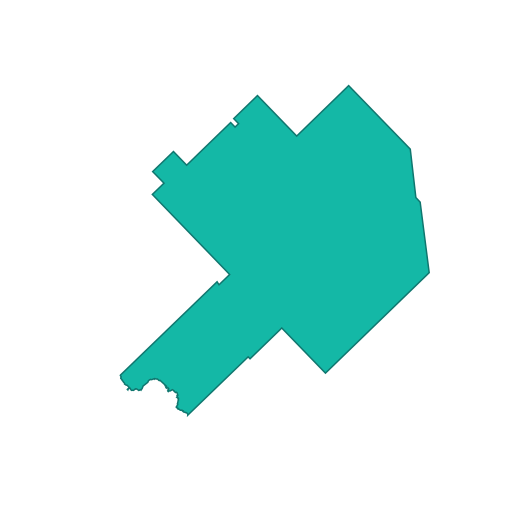 outline of 76, Al Khawr, Qatar, rotated 316°
{"feature_id": "91078587B47360643234421", "entity_name": "76", "entity_type": "district", "adm_level": 2, "iso_a3": "QAT", "parent_name": "Qatar", "parent_adm1": "Al Khawr", "projection": "albers", "projection_center": [51.019, 25.84], "detail": "fine", "context": "isolated", "style": "filled", "palette": "teal", "viewbox_px": 512, "rotation_deg": 316, "n_neighbors": 0, "source": "geoboundaries", "source_scale": "gbopen_adm2", "svg_char_len": 1872}
<svg xmlns="http://www.w3.org/2000/svg" viewBox="0 0 512 512"><g transform="rotate(316 256 256)"><path d="M441.0,197.8L408.1,197.9L368.6,198.0L368.5,141.6L335.4,141.7L335.4,148.7L330.5,148.7L330.5,142.4L316.7,142.4L269.2,142.5L269.2,123.5L240.3,123.5L240.4,139.7L224.2,139.7L224.2,251.0L209.4,251.0L210.1,247.5L75.9,247.5L75.4,247.7L75.1,249.3L74.6,249.4L73.7,250.1L73.6,252.3L73.3,252.5L73.3,254.1L73.1,254.4L73.1,255.8L72.8,256.6L72.5,256.8L72.9,258.7L73.5,259.4L73.5,262.6L70.8,262.6L70.8,263.2L71.1,263.0L73.5,262.9L73.6,264.0L73.3,264.2L73.1,265.1L73.1,266.1L73.2,266.3L73.7,266.4L73.9,266.9L74.6,267.6L77.0,267.8L77.1,268.3L77.8,268.6L78.3,271.3L78.8,271.4L79.1,271.7L79.9,271.7L80.3,272.1L80.2,272.6L82.1,272.2L84.5,271.1L90.4,271.7L91.2,271.4L91.5,271.1L93.6,271.1L93.9,271.4L94.4,271.5L94.6,272.1L94.9,272.3L95.5,272.7L97.0,273.3L97.6,273.6L97.4,274.0L98.2,274.1L98.6,275.0L99.7,276.1L99.7,278.0L100.1,278.7L100.6,278.8L101.0,285.6L100.5,286.1L100.5,286.4L100.6,286.5L101.1,286.7L101.1,287.5L100.3,287.6L99.8,288.0L99.8,288.8L100.3,288.8L100.5,289.4L100.6,289.5L101.1,289.6L100.9,291.0L99.3,291.2L99.3,292.3L98.7,292.3L98.7,292.6L99.8,292.7L100.6,293.5L103.0,294.1L103.4,296.1L103.1,296.4L103.3,298.3L103.8,298.4L104.2,298.8L104.2,299.6L103.7,300.4L103.5,301.2L102.7,301.5L102.7,302.0L101.9,301.8L101.4,303.1L100.9,302.9L101.0,303.4L101.3,303.8L101.4,304.5L100.6,304.7L100.5,305.3L100.1,305.8L99.3,306.0L98.4,306.8L96.8,307.7L96.8,308.3L96.3,308.4L96.0,308.7L94.1,309.1L94.1,309.6L93.6,309.6L93.7,310.4L93.6,311.8L94.1,311.8L94.0,312.6L94.3,313.1L94.3,313.9L94.5,314.5L95.6,315.5L96.0,316.6L95.5,316.6L95.6,318.0L96.4,319.1L96.4,319.6L97.0,320.1L97.2,320.9L97.0,322.6L96.4,323.1L180.3,323.1L180.3,325.8L224.5,325.7L224.6,388.5L369.0,388.3L411.5,331.3L411.6,325.0L441.2,286.3L441.2,281.5L441.0,197.8Z" fill="#14b8a6" stroke="#0f766e" stroke-width="1.5"/></g></svg>